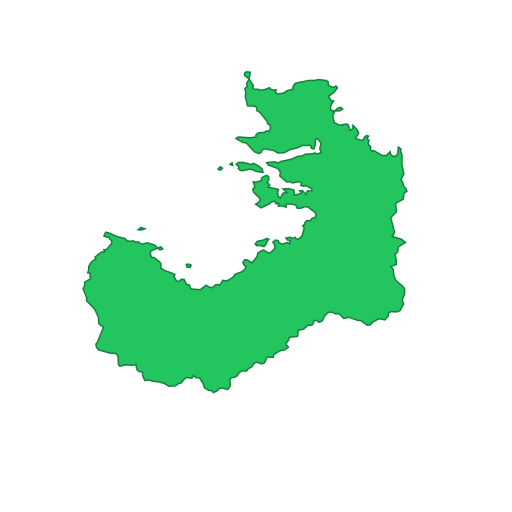 outline of Paraty, Rio de Janeiro, Brazil, rotated 226°
{"feature_id": "56859067B52906946638112", "entity_name": "Paraty", "entity_type": "district", "adm_level": 2, "iso_a3": "BRA", "parent_name": "Brazil", "parent_adm1": "Rio de Janeiro", "projection": "mercator", "projection_center": [-44.67, -23.142], "detail": "fine", "context": "isolated", "style": "filled", "palette": "green", "viewbox_px": 512, "rotation_deg": 226, "n_neighbors": 0, "source": "geoboundaries", "source_scale": "gbopen_adm2", "svg_char_len": 6157}
<svg xmlns="http://www.w3.org/2000/svg" viewBox="0 0 512 512"><g transform="rotate(226 256 256)"><path d="M298.0,77.4L287.0,83.9L282.9,87.7L279.5,86.9L273.5,81.7L271.3,81.5L268.5,86.3L262.7,91.8L261.6,94.2L256.6,91.3L253.7,91.8L251.5,93.8L248.9,91.5L243.8,89.5L240.4,93.4L237.7,94.7L233.0,98.6L228.0,101.5L222.8,102.9L218.6,107.8L218.1,111.5L216.5,114.5L217.3,117.7L216.9,121.7L212.6,124.9L213.5,128.1L210.5,128.2L207.4,130.7L201.1,129.3L197.0,127.4L192.0,128.6L190.2,130.5L187.4,130.4L186.1,134.0L186.2,137.5L184.4,140.2L179.7,142.7L179.9,145.6L181.4,148.5L184.7,150.5L185.7,153.4L183.7,156.3L182.9,159.2L183.8,163.2L183.1,166.2L179.9,169.1L180.3,171.7L179.2,176.3L180.2,180.0L179.3,182.6L174.3,185.2L173.2,188.0L175.6,193.8L171.1,198.1L172.7,200.1L172.2,203.0L171.1,207.5L168.6,211.3L167.9,216.0L170.8,216.0L172.4,217.6L172.8,220.8L174.3,223.6L169.3,230.1L173.2,234.8L170.3,239.4L170.1,245.1L167.4,248.2L167.7,250.5L169.3,253.0L167.2,255.0L164.4,255.3L163.3,258.7L165.1,263.3L165.4,267.6L164.7,269.7L162.2,272.1L159.1,272.9L157.7,274.9L155.5,275.8L150.1,275.7L147.4,280.3L139.2,284.3L136.7,286.5L129.0,287.9L127.1,290.5L127.3,294.5L125.4,301.0L120.5,304.4L120.9,309.2L123.2,312.1L121.9,314.7L117.8,318.7L116.7,321.7L118.9,328.8L123.1,330.8L125.0,335.9L128.6,339.7L130.7,340.5L141.4,339.7L146.4,341.7L150.9,345.3L154.8,345.7L152.4,351.0L156.2,354.5L160.6,357.0L160.4,360.4L163.7,364.7L161.9,372.9L167.0,372.3L175.5,367.5L176.0,370.4L177.2,372.4L190.1,379.6L190.0,386.3L191.0,388.6L196.9,392.8L194.6,401.3L198.3,406.2L197.7,409.5L200.1,410.7L202.7,410.4L207.8,413.0L210.1,413.1L212.3,419.3L220.5,424.5L227.3,431.3L230.2,432.4L232.4,434.6L235.4,434.0L230.6,428.4L231.7,424.1L235.0,423.3L237.9,424.9L237.7,419.6L240.4,416.7L250.0,413.9L251.2,412.0L253.3,412.5L254.9,414.4L257.5,414.2L259.7,415.4L260.5,417.5L263.6,417.7L264.0,420.2L265.9,419.2L266.2,416.7L265.0,414.1L266.4,411.7L271.4,409.3L273.0,415.2L276.9,416.5L282.6,416.5L280.3,414.2L280.9,411.0L286.7,413.5L288.6,412.2L291.9,407.0L297.5,405.0L303.2,408.2L305.6,413.5L308.2,411.3L311.0,412.4L312.8,415.8L313.6,419.5L315.8,418.0L320.5,419.2L319.6,425.4L320.3,431.4L322.7,431.6L323.3,429.3L325.4,427.5L328.5,426.7L331.3,428.9L333.5,428.4L339.8,423.3L341.0,420.8L345.4,416.2L351.8,406.2L353.0,403.9L352.4,400.8L350.4,398.4L353.3,393.3L354.0,389.2L357.3,384.2L360.3,383.7L361.6,385.9L363.0,383.9L365.2,382.6L367.6,382.7L369.7,377.8L371.8,374.8L375.2,372.7L377.0,370.5L379.3,370.6L380.6,372.5L388.1,374.1L386.7,369.1L383.8,367.3L384.3,364.6L380.2,361.7L378.4,359.2L369.8,354.2L364.6,359.3L361.9,359.6L360.0,357.6L356.4,358.6L345.4,357.5L342.6,356.2L340.2,357.1L337.6,354.8L336.8,351.8L338.7,350.4L339.1,347.9L342.7,343.7L343.3,340.4L341.7,338.4L345.4,333.6L353.9,326.0L354.4,323.2L346.6,325.5L344.3,327.5L331.9,327.3L327.5,329.3L326.9,331.5L327.9,333.9L327.5,336.4L319.4,342.1L314.8,343.3L310.7,348.2L308.7,354.9L305.4,360.1L303.2,366.3L297.7,372.0L294.9,370.7L292.8,371.9L294.5,375.4L298.6,380.0L297.5,381.8L292.0,381.2L288.8,376.3L285.2,374.9L286.5,371.2L289.4,369.8L290.2,367.6L294.7,362.6L296.4,357.8L298.3,356.1L301.1,348.6L306.6,339.8L307.5,336.7L310.9,334.7L315.8,328.5L313.1,328.0L303.7,332.5L299.5,331.9L297.0,328.7L287.9,329.5L286.0,332.0L283.4,332.8L279.7,338.6L276.4,339.5L275.6,337.2L273.2,338.6L272.0,340.7L269.1,341.8L265.6,342.9L264.0,341.4L267.2,338.1L265.4,334.7L270.8,334.9L272.5,332.8L269.8,332.4L270.5,330.0L273.3,326.0L277.1,329.1L281.8,326.3L285.5,322.0L280.2,322.4L282.5,319.0L280.7,313.9L283.5,313.4L286.5,315.4L288.4,318.4L297.1,312.4L297.4,315.2L301.2,315.2L301.9,318.1L304.1,320.1L306.3,319.9L307.7,317.2L308.2,314.0L306.4,312.7L309.0,307.5L311.3,305.6L306.3,303.0L306.4,300.0L303.5,298.6L294.4,298.8L292.8,296.3L293.5,291.7L287.1,293.1L284.2,301.9L284.2,304.7L282.4,307.5L279.7,306.7L277.9,308.8L276.4,306.7L274.0,309.7L270.2,311.6L272.2,314.0L269.5,317.0L265.0,320.0L261.7,318.8L259.1,321.6L257.5,325.5L255.1,327.4L246.3,328.7L243.8,328.0L242.6,324.9L244.2,322.9L243.7,319.5L246.2,317.2L246.1,314.7L244.9,312.7L245.3,310.5L242.8,310.3L238.5,303.2L238.5,298.6L240.3,296.8L242.4,297.1L243.3,294.2L245.5,293.9L248.1,290.1L245.6,289.7L243.3,291.3L241.5,288.5L243.9,288.0L246.3,283.1L249.5,281.8L251.8,282.7L254.1,280.8L254.3,277.8L250.8,277.0L248.4,274.7L248.3,269.3L249.3,267.1L255.0,265.7L256.2,262.9L256.8,259.2L254.9,256.5L253.9,248.2L259.4,247.0L261.1,245.5L260.6,242.2L257.4,241.1L255.2,241.4L254.1,238.7L254.6,234.6L257.4,228.4L256.7,225.2L257.3,220.7L259.0,217.0L261.6,215.3L260.2,209.6L262.1,208.7L263.5,206.4L263.4,202.7L266.0,200.8L269.7,199.7L270.4,192.6L276.5,187.1L279.2,186.6L281.4,188.0L283.6,186.2L289.2,188.0L291.2,185.9L291.1,183.3L293.1,181.4L298.2,182.7L299.2,184.9L310.0,179.8L313.6,179.3L316.2,182.1L318.8,182.6L325.5,181.7L327.7,180.0L330.5,181.2L332.8,183.8L329.8,190.9L334.2,190.7L341.0,187.0L343.7,182.1L348.1,181.0L349.8,178.9L352.4,178.1L353.7,176.0L356.5,173.8L359.8,173.9L365.8,169.9L375.3,166.0L377.5,164.3L376.1,160.6L373.5,161.4L371.8,163.4L369.5,162.5L367.1,162.8L365.3,160.8L364.5,152.9L366.3,151.0L364.0,149.8L366.0,147.9L366.6,145.2L367.0,139.5L364.8,138.3L365.9,135.8L365.9,132.4L364.7,128.5L362.3,126.1L360.8,123.2L358.7,125.0L357.2,122.8L354.5,121.4L356.2,114.5L354.0,112.6L352.6,108.9L343.6,105.2L341.6,103.0L329.6,103.0L321.2,100.0L316.2,95.8L310.8,96.8L304.3,82.4L303.8,79.6L301.1,77.8L298.0,77.4ZM331.2,304.0L328.7,304.1L326.7,305.5L323.0,311.6L319.9,313.9L316.9,314.7L311.3,319.1L314.4,320.9L319.4,320.3L324.5,318.5L325.2,315.9L331.7,312.2L335.3,308.7L335.8,305.5L332.3,305.8L331.2,304.0ZM261.3,275.8L262.4,272.3L265.7,267.1L265.2,263.8L262.8,263.7L260.9,266.2L257.2,268.3L257.5,271.7L259.0,274.4L259.2,276.9L261.3,275.8ZM388.1,374.1L392.2,379.6L395.3,376.9L395.3,374.7L393.7,373.2L388.1,374.1ZM305.6,413.5L302.2,417.1L301.6,420.4L304.3,420.1L305.6,417.0L305.6,413.5ZM296.8,202.1L298.3,200.0L295.9,198.6L293.5,200.6L294.4,202.9L296.8,202.1ZM356.5,193.0L356.7,189.5L354.3,191.6L352.8,195.0L356.5,193.0ZM329.8,190.9L327.1,191.1L325.9,193.7L328.7,194.0L329.8,190.9ZM345.0,292.2L344.9,289.0L342.4,290.0L342.5,292.9L345.0,292.2ZM340.0,301.0L337.4,302.1L339.7,303.5L340.0,301.0Z" fill="#22c55e" stroke="#15803d" stroke-width="1.5"/></g></svg>